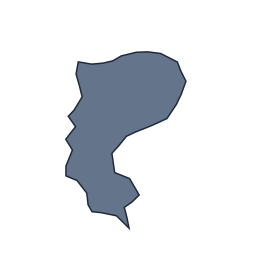 Pano Deftera, Nicosia, Cyprus, rotated 55°
{"feature_id": "46923920B2201845302694", "entity_name": "Pano Deftera", "entity_type": "district", "adm_level": 2, "iso_a3": "CYP", "parent_name": "Cyprus", "parent_adm1": "Nicosia", "projection": "natural_earth1", "projection_center": [33.266, 35.092], "detail": "fine", "context": "isolated", "style": "filled", "palette": "slate", "viewbox_px": 256, "rotation_deg": 55, "n_neighbors": 0, "source": "geoboundaries", "source_scale": "gbopen_adm2", "svg_char_len": 661}
<svg xmlns="http://www.w3.org/2000/svg" viewBox="0 0 256 256"><g transform="rotate(55 128 128)"><path d="M45.3,130.8L54.0,139.6L65.9,143.7L76.2,147.7L82.5,162.1L84.1,170.2L96.8,170.2L101.5,185.4L114.2,186.2L123.6,200.7L131.6,206.3L141.8,199.9L157.7,199.1L167.9,204.7L175.9,205.5L182.2,198.3L193.3,187.8L210.7,184.6L199.6,179.8L190.9,176.6L190.9,167.0L189.3,157.3L170.3,155.7L156.9,164.5L139.5,155.7L137.1,145.3L133.9,134.0L135.5,124.4L139.5,107.5L142.6,90.6L136.3,74.6L130.8,64.9L122.9,53.7L111.8,52.1L102.3,49.7L85.7,58.5L77.0,68.1L70.7,77.8L65.1,92.2L64.3,101.9L60.4,111.5L54.8,121.2L45.3,130.8Z" fill="#64748b" stroke="#1e293b" stroke-width="1.5"/></g></svg>